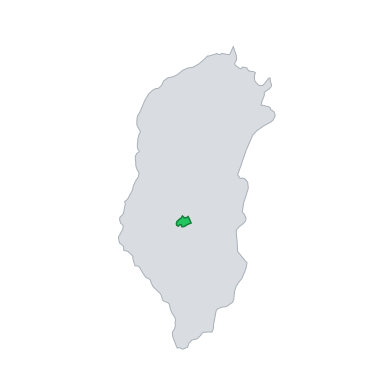 Hungary, with Szolnok highlighted, rotated 112°
{"feature_id": "HUN-4918", "entity_name": "Szolnok", "entity_type": "Urban county", "adm_level": 1, "iso_a3": "HUN", "parent_name": "Hungary", "parent_adm1": "", "projection": "natural_earth1", "projection_center": [20.178, 47.22], "detail": "fine", "context": "in_parent", "style": "filled", "palette": "green", "viewbox_px": 384, "rotation_deg": 112, "n_neighbors": 0, "source": "natural_earth", "source_scale": "10m", "svg_char_len": 2988}
<svg xmlns="http://www.w3.org/2000/svg" viewBox="0 0 384 384"><g transform="rotate(112 192 192)"><path d="M309.2,121.3L313.4,120.9L313.6,120.9L314.6,121.2L315.3,123.8L315.4,124.0L316.4,125.7L317.4,128.0L318.9,129.7L322.1,130.4L326.4,132.5L329.2,136.6L333.4,138.2L333.7,138.3L334.5,138.1L337.5,137.9L338.0,138.7L340.4,140.7L341.4,142.4L340.9,144.3L341.4,146.3L342.3,147.1L341.2,148.4L333.6,155.4L330.6,157.2L328.6,157.6L325.4,156.9L322.1,157.4L319.2,158.9L316.5,159.4L314.5,161.2L311.9,165.0L308.7,168.2L305.5,170.2L303.8,172.0L303.6,178.1L301.8,179.9L299.4,181.7L298.1,183.3L294.4,192.6L291.6,195.7L289.0,198.0L288.5,200.1L288.6,202.5L285.6,207.3L281.6,212.3L280.9,214.4L281.8,217.1L278.0,220.3L275.8,221.9L274.0,222.6L272.8,224.6L271.0,229.5L271.5,231.7L271.5,233.7L268.3,234.8L267.4,237.0L266.5,239.8L265.2,241.0L261.6,243.3L252.5,242.3L249.1,243.1L248.1,244.7L247.9,246.0L246.8,247.2L244.7,248.8L242.6,249.4L237.9,247.5L227.7,249.5L226.0,250.9L224.6,249.9L222.4,249.0L212.3,247.9L208.3,248.7L202.9,248.4L198.0,247.4L194.3,248.2L191.0,252.1L189.4,253.4L188.1,254.2L185.3,255.4L183.0,256.8L179.9,257.9L177.1,257.7L174.5,256.1L173.5,256.5L172.7,258.0L171.3,259.3L167.3,260.9L166.3,260.9L166.1,260.9L163.1,262.1L158.1,262.7L155.6,262.2L151.1,267.6L149.7,268.6L145.4,270.2L141.8,271.0L138.8,270.4L137.6,270.3L124.2,270.0L117.2,268.9L112.7,266.8L109.8,264.5L108.4,261.9L104.9,260.3L99.4,259.8L95.2,257.2L92.2,252.7L88.1,249.1L82.9,246.4L78.8,242.6L75.9,237.8L70.4,233.4L62.5,229.5L60.2,228.7L59.7,227.5L55.9,222.6L54.3,220.9L54.5,218.5L53.7,217.1L52.3,216.2L51.6,212.7L51.2,210.2L50.1,208.5L41.7,208.2L48.9,202.0L52.4,200.3L56.5,200.6L57.8,200.1L58.2,199.2L58.9,197.2L59.3,195.3L59.7,193.5L59.3,192.5L57.3,192.2L56.4,187.8L57.4,186.2L58.5,185.0L57.3,179.7L57.7,177.9L60.9,177.6L63.6,176.5L65.7,175.2L66.4,173.6L68.2,170.2L66.6,166.1L57.5,163.4L57.0,162.4L59.2,161.3L61.5,159.6L62.8,158.3L64.6,158.1L67.1,158.8L71.5,161.7L73.1,162.2L74.8,161.3L76.6,161.1L81.4,161.2L85.6,160.5L84.7,157.4L84.7,155.1L84.1,153.3L84.5,151.2L86.2,149.7L86.8,146.1L89.4,143.8L90.6,143.4L95.1,143.8L96.2,144.5L96.9,144.6L104.0,150.4L110.8,154.8L116.4,157.0L124.6,157.2L133.3,157.4L147.9,156.6L158.9,156.1L159.6,155.0L161.3,152.4L160.0,150.1L160.1,147.5L162.0,144.1L167.4,141.2L182.9,140.0L191.8,137.9L193.1,135.0L196.1,132.1L198.8,131.5L202.5,132.9L206.9,135.4L210.8,136.7L213.1,135.8L221.0,131.6L230.0,127.5L236.2,116.3L236.9,114.5L243.6,113.2L253.5,113.4L258.5,114.9L262.3,115.7L268.0,115.4L276.1,113.0L279.2,113.1L281.5,114.8L284.1,116.2L285.9,118.0L287.2,120.6L287.9,121.5L289.1,122.8L291.1,124.6L293.2,125.1L308.3,122.0L309.2,121.3Z" fill="#d9dde1" stroke="#a8b0b8" stroke-width="1"/><path d="M217.8,191.9L218.9,189.3L217.4,187.1L216.2,186.4L218.0,184.3L221.1,181.2L223.8,184.0L226.8,186.2L228.0,188.1L227.7,188.8L226.3,189.7L227.2,191.3L228.8,191.9L228.6,193.7L227.3,194.6L225.0,194.9L223.8,194.3L223.1,193.9L222.5,193.8L220.3,192.3L217.8,191.9Z" fill="#22c55e" stroke="#15803d" stroke-width="1.5"/></g></svg>